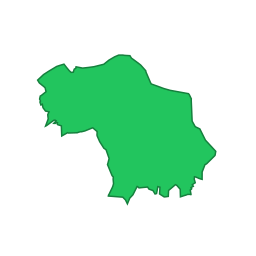 the district of Kaura, Kaduna, Nigeria, rotated 239°
{"feature_id": "59680162B84224544107566", "entity_name": "Kaura", "entity_type": "district", "adm_level": 2, "iso_a3": "NGA", "parent_name": "Nigeria", "parent_adm1": "Kaduna", "projection": "orthographic", "projection_center": [8.436, 9.644], "detail": "fine", "context": "isolated", "style": "filled", "palette": "green", "viewbox_px": 256, "rotation_deg": 239, "n_neighbors": 0, "source": "geoboundaries", "source_scale": "gbopen_adm2", "svg_char_len": 2326}
<svg xmlns="http://www.w3.org/2000/svg" viewBox="0 0 256 256"><g transform="rotate(239 128 128)"><path d="M189.0,166.9L192.0,162.5L193.1,161.2L195.3,157.5L195.9,153.2L196.0,146.6L195.1,140.1L198.1,130.3L200.4,125.0L202.7,120.0L207.2,115.0L206.1,114.0L206.1,112.2L204.0,109.8L205.0,107.8L207.6,107.1L211.6,106.5L215.7,106.0L216.8,101.7L217.5,98.5L217.5,88.9L217.3,83.1L215.6,75.2L212.3,75.2L205.3,77.7L201.5,76.5L201.3,76.3L200.5,70.1L200.6,69.3L198.3,67.1L196.3,66.9L195.9,66.6L195.7,65.9L192.6,65.2L192.5,66.8L189.8,65.8L189.1,65.6L187.1,65.8L185.0,66.0L184.9,66.2L182.5,68.6L180.8,66.1L180.0,65.7L176.9,64.3L172.1,58.3L172.0,59.4L172.5,64.6L172.8,68.5L172.5,69.2L172.2,69.6L171.2,70.1L170.2,66.8L169.4,68.0L169.7,69.5L168.9,70.3L168.0,69.4L167.0,69.5L165.0,71.3L164.2,72.0L155.3,67.1L155.1,73.8L154.4,74.3L150.0,82.2L150.0,82.3L149.8,83.6L149.1,85.8L148.7,86.2L147.7,89.5L146.6,96.5L146.3,97.9L141.8,99.4L141.0,99.7L140.5,99.4L139.7,99.0L138.3,98.0L137.2,97.5L130.9,96.7L123.1,96.9L120.7,98.0L111.6,96.1L108.4,92.9L107.2,91.6L95.3,89.8L93.7,90.2L91.8,88.9L87.7,86.9L85.9,85.0L85.0,83.8L81.0,77.7L80.7,77.1L80.5,76.7L79.8,76.1L71.4,87.9L67.6,88.8L63.3,88.4L66.9,93.3L67.0,93.5L68.2,97.8L73.2,105.7L72.9,106.0L71.0,106.6L67.3,114.4L64.8,114.5L61.5,117.2L57.5,117.2L57.1,118.7L62.4,123.4L60.8,124.9L55.2,121.1L50.3,123.5L49.7,124.7L48.6,127.3L53.4,130.5L53.6,130.8L55.0,139.5L53.7,140.3L48.6,141.2L42.0,137.5L40.9,142.3L40.7,142.8L40.4,144.8L39.2,146.9L38.5,147.6L38.6,147.8L42.8,149.4L42.8,150.2L43.0,151.1L43.1,151.3L43.4,151.3L43.8,151.3L44.2,151.2L44.4,151.2L44.5,151.9L44.4,153.0L44.4,154.0L44.5,154.0L45.3,153.9L45.6,153.9L46.2,153.8L46.3,154.6L46.4,155.5L46.5,156.0L46.4,157.4L46.6,157.5L47.0,157.6L47.8,157.8L48.2,157.9L48.5,158.0L49.1,158.2L49.9,158.3L50.5,158.7L51.3,159.4L52.0,159.9L51.9,160.1L51.7,160.3L51.1,160.8L49.8,161.8L48.8,162.5L48.3,162.8L47.6,163.4L47.0,163.9L46.3,164.6L45.8,165.1L46.7,165.6L52.1,168.9L57.0,175.2L56.8,176.8L57.2,178.4L59.6,188.2L59.9,188.7L62.8,191.2L65.7,190.6L77.7,188.1L90.2,189.1L90.7,188.8L94.5,186.3L100.5,186.5L101.2,186.7L119.4,196.6L120.4,197.3L125.0,197.7L126.3,197.5L138.6,183.5L143.3,179.1L153.8,170.6L155.7,170.7L166.6,172.2L168.0,172.7L175.4,171.3L177.0,170.7L183.9,167.9L185.2,167.3L186.2,166.9L189.0,166.9Z" fill="#22c55e" stroke="#15803d" stroke-width="1.5"/></g></svg>